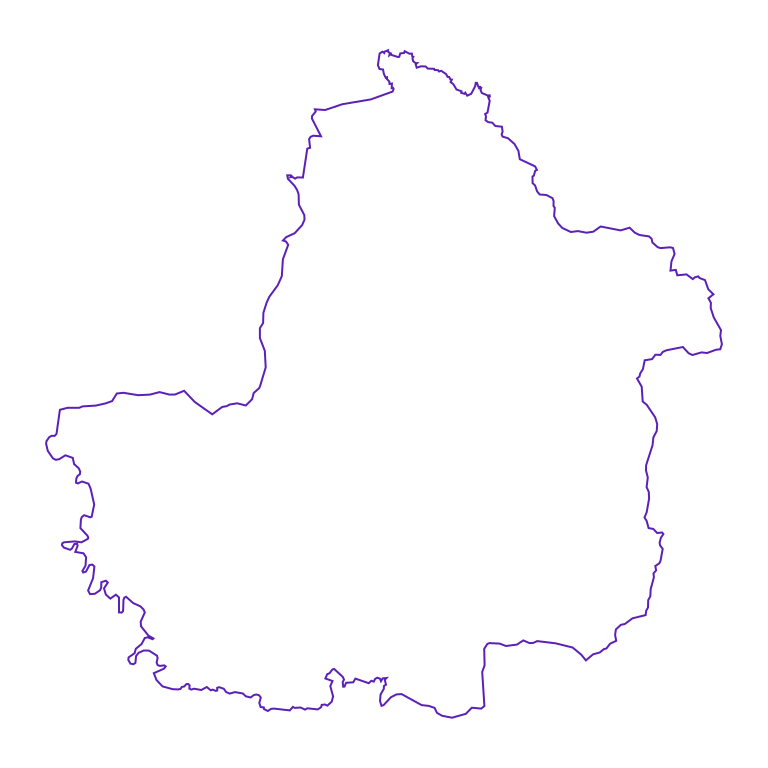 the district of Ban Na San, Surat Thani, Thailand
{"feature_id": "78962969B68387758575746", "entity_name": "Ban Na San", "entity_type": "district", "adm_level": 2, "iso_a3": "THA", "parent_name": "Thailand", "parent_adm1": "Surat Thani", "projection": "albers", "projection_center": [99.379, 8.833], "detail": "fine", "context": "isolated", "style": "outline", "palette": "violet", "viewbox_px": 768, "rotation_deg": 0, "n_neighbors": 0, "source": "geoboundaries", "source_scale": "gbopen_adm2", "svg_char_len": 5988}
<svg xmlns="http://www.w3.org/2000/svg" viewBox="0 0 768 768"><path d="M59.9,409.8L56.5,433.9L54.6,435.9L51.6,435.8L49.2,437.2L46.5,441.1L46.1,443.7L47.8,450.9L52.9,458.3L55.7,459.8L59.2,459.2L65.4,455.3L72.8,457.9L74.1,464.1L78.7,468.2L80.2,471.6L79.9,474.2L77.5,476.0L76.3,478.6L76.0,482.7L77.9,483.4L82.0,481.5L88.5,483.7L90.6,488.6L94.2,504.5L91.7,516.7L90.3,517.3L84.2,515.2L81.8,517.0L80.9,519.7L80.4,528.1L87.3,535.5L88.3,537.5L87.8,538.9L81.5,542.3L74.9,541.4L64.0,542.3L62.3,543.3L61.9,545.1L63.9,547.6L70.1,549.8L71.8,548.7L74.4,544.0L77.1,543.8L77.6,545.8L75.3,551.9L83.5,553.3L86.1,557.3L85.5,565.7L82.4,571.0L83.2,572.5L86.0,571.6L89.5,565.0L92.4,564.6L94.4,566.5L93.1,578.1L88.1,590.5L90.0,594.1L94.8,593.8L100.1,590.2L101.2,587.6L101.3,582.2L105.9,580.7L107.8,582.6L104.0,588.4L105.8,594.5L110.3,598.6L115.9,594.7L119.0,597.4L119.0,612.4L121.6,612.6L123.1,611.1L123.5,599.7L124.4,597.6L126.1,596.8L133.2,603.1L140.3,606.3L143.5,609.4L144.8,612.5L140.7,621.6L141.0,626.3L148.5,635.7L153.4,638.4L152.6,639.2L147.6,637.3L144.8,638.0L141.6,644.0L135.8,648.8L134.6,653.2L128.6,657.4L128.3,659.9L130.4,663.6L133.4,664.2L135.4,662.9L136.1,656.0L138.6,652.8L143.7,650.5L149.0,650.6L157.0,655.7L157.6,658.2L156.6,662.5L157.6,665.0L159.7,665.9L164.3,665.4L165.7,666.4L163.9,668.7L153.8,673.2L156.5,680.0L162.5,686.4L172.7,689.2L178.2,689.4L180.4,689.0L181.9,686.9L184.2,686.5L186.4,684.1L188.2,684.0L189.6,685.4L189.3,688.6L191.3,689.6L194.0,688.7L201.3,690.0L206.8,687.0L210.7,690.3L212.7,689.6L215.8,690.9L217.2,690.5L217.2,687.8L219.1,687.2L223.7,688.7L226.1,692.0L229.6,693.6L235.0,692.1L242.9,693.5L245.8,696.3L250.7,697.5L253.7,695.1L256.4,694.5L259.1,695.3L260.8,697.6L259.3,702.9L260.6,707.0L263.8,707.4L263.9,709.0L267.8,711.0L271.2,708.8L274.1,708.6L289.8,710.4L292.9,706.9L294.7,707.9L300.6,707.5L305.0,709.6L307.4,708.3L317.8,709.4L321.1,707.2L321.7,704.9L324.9,704.5L327.4,705.6L331.7,701.7L333.1,696.4L330.3,686.1L332.5,681.0L325.4,678.5L327.2,674.2L329.6,673.2L332.3,669.5L334.2,669.0L342.8,676.9L344.0,679.6L342.7,682.2L343.2,686.7L344.5,686.6L346.1,682.8L353.2,682.3L355.4,678.6L368.7,683.2L371.3,680.8L373.8,681.6L375.1,678.9L377.3,677.7L379.9,678.6L381.0,681.2L382.6,678.4L386.5,678.0L384.8,679.8L386.0,684.7L383.9,686.0L383.8,688.9L380.6,694.4L380.0,700.9L381.5,705.8L383.5,705.2L391.0,697.2L396.5,694.4L401.6,694.1L421.6,705.1L428.8,705.9L434.6,707.9L437.0,712.9L442.2,715.8L452.1,717.7L465.9,713.8L471.8,707.7L481.2,708.6L484.4,706.0L482.2,672.0L484.6,665.3L484.2,648.8L487.4,643.9L489.5,643.1L499.7,643.6L505.9,646.0L516.9,644.6L523.3,640.4L529.5,643.1L533.3,642.9L537.2,641.1L555.5,643.3L572.6,647.5L581.2,654.6L585.9,660.4L593.1,654.3L599.7,652.5L603.9,649.1L606.4,648.5L610.1,643.7L616.2,640.8L615.1,635.0L615.9,629.4L620.9,624.8L624.8,624.0L632.5,618.3L645.6,615.1L646.2,610.7L648.0,607.5L648.2,600.2L650.3,596.3L650.7,589.1L653.9,577.3L653.5,573.4L656.1,570.4L655.3,566.0L659.3,563.3L660.5,560.8L662.7,548.9L660.1,545.4L659.6,542.8L660.9,537.7L663.4,534.1L662.1,532.5L657.2,533.0L653.2,528.9L648.6,528.1L646.6,520.8L644.5,517.5L646.7,512.2L649.1,498.5L648.8,492.0L646.6,487.1L647.8,477.5L646.0,470.5L646.1,465.3L652.5,445.4L653.4,437.3L656.7,431.1L657.2,424.2L655.2,417.4L646.8,404.9L642.7,401.5L641.7,386.7L637.0,378.5L639.5,376.5L640.2,373.4L642.9,369.2L644.7,360.3L652.1,359.1L655.4,354.7L660.5,354.9L662.8,351.9L666.4,350.3L682.9,347.0L688.6,353.2L692.4,355.0L701.5,352.4L707.1,353.0L716.1,349.7L720.2,349.3L721.9,344.2L720.3,335.9L721.0,330.1L713.8,317.5L710.7,308.1L710.9,302.8L708.4,298.3L713.4,294.3L708.3,289.3L705.0,280.1L699.5,278.0L698.3,276.4L694.8,277.3L692.8,279.1L686.5,274.4L677.3,275.3L675.8,269.9L670.5,270.6L671.5,261.2L674.6,254.0L673.0,248.0L670.1,247.3L660.5,248.1L657.7,247.2L652.4,242.5L651.6,238.8L649.0,236.4L639.5,235.0L634.7,232.6L629.6,227.7L620.6,230.4L600.6,226.5L593.3,231.7L586.5,232.7L577.9,231.1L570.8,232.0L562.2,227.9L558.0,223.3L554.1,216.1L554.8,207.8L553.5,206.0L553.6,201.1L552.5,198.2L546.4,195.0L539.7,194.5L537.1,191.4L535.1,185.5L532.6,183.1L532.5,176.5L533.8,175.7L535.2,170.8L536.9,169.9L535.1,166.4L519.8,159.2L518.4,150.8L514.4,143.9L507.9,138.2L502.6,136.6L501.6,134.5L502.6,131.7L501.9,126.7L495.3,126.0L492.3,122.7L488.1,122.1L485.5,120.2L486.0,116.4L485.1,114.0L487.5,112.6L489.7,100.8L488.2,97.2L489.8,96.6L489.6,95.3L488.0,95.6L481.8,93.0L480.5,90.0L481.1,88.0L479.4,88.2L480.0,86.9L478.3,86.7L477.0,82.9L475.8,82.8L475.1,86.4L471.2,93.8L467.2,95.7L465.3,92.7L464.5,93.8L461.2,92.8L461.5,91.3L456.5,89.5L453.3,84.1L450.6,82.1L451.8,79.6L450.4,79.5L449.2,77.0L447.6,76.9L446.1,74.1L441.2,70.8L439.0,71.5L438.1,70.2L434.6,70.0L434.1,68.8L427.8,68.6L425.7,66.5L421.0,66.3L416.7,67.7L415.7,64.4L417.1,63.1L415.5,63.1L413.1,61.1L412.5,58.2L413.3,56.8L412.3,56.4L411.9,53.6L409.4,53.7L404.7,51.2L404.0,53.0L400.3,53.4L399.2,56.8L398.0,57.0L391.6,55.0L391.0,53.8L389.4,55.2L389.8,52.9L387.8,51.6L388.0,50.3L384.5,51.7L384.2,53.0L382.4,51.7L379.6,53.5L377.9,65.2L379.5,69.0L383.0,69.5L383.9,74.0L385.7,77.8L387.0,77.3L387.0,79.1L389.3,81.5L389.5,84.0L391.9,83.5L391.7,88.1L392.9,87.7L393.6,89.0L392.5,91.6L370.9,99.4L342.4,104.2L325.1,110.0L314.9,109.3L315.7,111.6L312.1,115.9L311.9,118.5L321.0,136.3L313.2,135.7L310.5,136.9L309.1,139.2L310.1,147.8L307.3,148.6L302.9,177.5L297.2,177.4L295.1,178.6L292.5,177.0L290.6,177.2L291.6,176.0L291.0,175.3L287.3,175.3L287.9,178.8L294.6,185.9L297.1,190.0L298.6,194.2L298.9,204.7L304.3,215.1L304.5,219.7L302.2,225.0L294.7,233.2L286.2,237.1L283.0,240.5L286.0,241.5L288.2,244.8L282.9,259.3L281.8,276.2L277.7,285.3L269.3,296.8L266.6,302.7L263.4,312.8L263.1,323.1L259.9,328.1L259.9,338.1L264.8,350.8L265.7,367.4L260.1,386.0L259.2,388.1L253.7,393.0L252.1,399.2L245.8,405.5L237.2,403.3L229.7,404.5L226.6,406.2L222.3,406.9L212.2,414.3L194.8,402.0L184.1,390.8L175.1,394.5L169.5,394.6L159.6,392.1L149.9,394.6L138.2,395.2L123.5,392.8L116.8,393.5L112.1,401.1L105.6,403.4L95.7,405.6L82.5,406.4L79.2,407.8L67.5,407.8L59.9,409.8Z" fill="none" stroke="#5b21b6" stroke-width="2"/></svg>